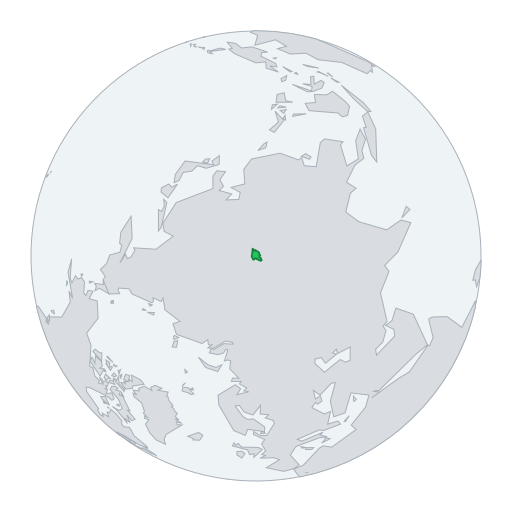 globe centered on Arhangay, rotated 224°
{"feature_id": "MNG-3316", "entity_name": "Arhangay", "entity_type": "Province", "adm_level": 1, "iso_a3": "MNG", "parent_name": "Mongolia", "parent_adm1": "", "projection": "orthographic", "projection_center": [100.83, 48.018], "detail": "fine", "context": "on_globe", "style": "filled", "palette": "green", "viewbox_px": 512, "rotation_deg": 224, "n_neighbors": 0, "source": "natural_earth", "source_scale": "10m", "svg_char_len": 13744}
<svg xmlns="http://www.w3.org/2000/svg" viewBox="0 0 512 512"><g transform="rotate(224 256 256)"><circle cx="256" cy="256" r="225" fill="#eef3f6" stroke="#a8b0b8"/><path d="M377.5,66.3L378.7,67.1L377.9,68.6L363.2,65.5L361.4,62.8L358.1,62.8L360.0,66.4L362.2,68.8L353.3,77.2L357.6,93.8L366.2,100.9L358.6,98.2L379.8,113.6L386.7,126.0L374.4,111.0L369.7,108.8L372.2,116.4L367.9,115.8L366.7,119.3L361.3,118.2L354.5,110.0L350.9,109.3L352.9,114.7L348.8,117.4L346.4,109.4L339.0,113.3L326.3,101.5L324.3,82.9L312.8,77.2L298.9,61.0L295.8,62.3L288.5,57.7L282.1,57.7L281.4,55.2L276.9,57.5L278.8,59.9L277.5,61.8L273.9,62.2L272.3,58.8L273.9,58.1L271.6,57.4L272.3,55.6L269.9,56.7L268.4,52.8L264.6,57.3L258.9,54.8L259.4,52.1L266.3,51.6L284.5,45.7L287.1,43.7L283.8,40.9L263.0,36.8L262.9,35.2L257.8,33.6L254.6,34.6L257.5,36.2L250.3,38.0L254.7,40.4L252.4,41.6L254.1,44.8L246.3,45.3L237.9,44.2L236.1,41.8L232.3,41.5L227.9,44.9L218.7,42.0L202.5,43.3L200.9,42.8L208.8,39.0L224.1,35.7L234.4,32.7L220.1,35.8L216.5,35.1L212.7,35.7L208.5,36.7L206.9,37.6L204.0,37.8L217.0,34.3L219.8,34.0L215.7,35.0L222.9,33.7L231.6,32.1L229.1,32.3L246.4,30.9L263.6,30.8L280.8,32.1L297.9,34.6L314.7,38.5L331.1,43.6L347.1,50.0L362.6,57.5L377.5,66.3ZM463.2,170.2L461.7,167.6L461.7,166.5L463.2,170.2ZM461.3,168.0L461.7,168.4L461.3,168.0ZM461.5,169.2L461.3,168.3L461.7,169.7L461.5,169.2ZM462.0,171.3L461.6,170.1L461.8,170.3L462.0,171.3ZM462.1,173.6L462.0,174.1L461.5,172.6L462.1,173.6ZM363.8,70.1L360.5,66.5L360.3,63.8L363.6,66.7L363.8,70.1ZM363.6,76.4L360.9,74.3L364.9,73.8L365.2,75.1L363.6,76.4ZM373.3,106.4L371.4,102.5L374.7,106.6L373.3,106.4ZM367.4,120.1L369.3,121.4L367.9,122.7L367.4,120.1ZM258.2,44.4L256.2,44.5L256.9,43.8L258.2,44.4ZM260.8,45.7L263.2,44.7L264.8,45.2L263.3,45.8L260.8,45.7ZM358.4,122.2L355.4,124.1L357.2,120.8L358.4,122.2ZM257.6,46.8L267.3,46.2L270.1,47.2L266.8,50.3L257.6,46.8ZM353.0,124.3L346.0,129.4L349.6,132.8L335.4,126.6L346.1,124.0L347.7,119.2L349.5,123.0L353.0,124.3ZM281.0,60.5L278.8,58.0L283.9,59.8L281.0,60.5ZM284.6,61.3L302.3,65.0L303.7,69.3L297.5,67.0L302.0,72.6L294.0,72.8L289.8,69.8L290.4,66.9L286.9,69.2L284.6,61.3ZM328.7,122.7L326.0,122.9L327.6,121.2L328.7,122.7ZM277.4,62.7L280.8,63.0L282.3,66.6L275.7,66.8L277.3,65.6L277.4,62.7ZM307.1,74.1L307.1,77.1L300.6,78.0L299.7,79.3L294.0,73.2L307.1,74.1ZM275.2,64.9L272.3,66.9L268.3,65.6L274.1,62.8L275.2,64.9ZM285.5,67.6L285.9,69.4L283.5,68.4L285.5,67.6ZM252.6,62.6L256.7,62.5L257.8,64.4L252.6,62.6ZM271.5,67.7L272.9,68.2L273.8,69.0L271.1,70.0L271.5,67.7ZM289.8,74.4L287.1,74.2L291.8,76.9L287.1,77.9L284.2,73.7L283.5,76.0L282.1,76.3L281.2,72.6L289.8,74.4ZM271.1,73.6L265.7,69.1L257.9,68.7L256.7,66.9L269.5,67.9L271.1,73.6ZM277.1,73.3L273.1,73.0L273.6,70.9L276.7,69.7L277.1,73.3ZM285.0,80.2L293.0,79.7L293.3,80.7L285.0,80.2ZM268.7,73.9L270.1,75.0L268.1,74.1L268.7,73.9ZM279.9,78.7L282.7,78.3L283.0,79.4L279.9,78.7ZM270.5,77.7L268.8,76.1L270.8,75.2L270.5,77.7ZM274.7,78.5L274.5,80.1L272.5,75.8L275.9,78.1L274.7,78.5ZM279.8,79.8L280.9,80.3L278.6,79.8L279.8,79.8ZM263.8,82.3L260.8,77.1L265.3,75.0L267.6,80.2L263.8,82.3ZM71.2,127.2L81.0,128.8L76.6,138.4L77.0,161.5L75.8,166.2L68.8,171.0L63.4,200.8L70.0,200.4L72.2,223.3L78.1,234.4L92.6,223.5L83.0,204.9L88.3,194.4L101.6,203.1L111.0,220.1L113.4,216.7L113.3,200.4L121.4,199.2L113.9,194.4L112.5,200.1L107.8,197.5L108.8,192.2L111.6,191.9L110.4,185.8L97.2,189.8L94.4,196.0L87.7,184.8L82.4,194.2L78.4,193.8L86.0,177.7L89.8,174.6L98.9,152.8L94.3,154.8L85.4,175.8L85.5,171.7L79.2,175.4L84.1,169.3L95.0,146.6L92.9,136.6L79.9,135.8L80.9,129.7L86.4,120.4L101.5,110.9L97.7,125.8L103.0,123.3L112.6,113.4L110.6,119.0L114.1,117.1L113.6,122.6L121.5,124.8L122.2,130.1L133.8,125.8L135.7,128.2L128.3,129.9L123.6,134.3L126.5,148.4L129.5,149.6L136.8,145.9L136.7,150.5L143.3,145.2L149.1,151.7L147.7,139.5L156.2,135.5L164.2,137.0L166.8,133.7L153.6,131.4L148.6,132.6L144.7,137.0L130.9,139.1L128.0,135.5L141.6,125.5L139.1,119.5L150.7,115.0L179.1,123.0L186.6,129.5L181.4,149.1L174.8,149.8L173.4,142.9L166.9,153.3L171.1,150.5L171.0,154.6L179.1,152.5L179.5,155.4L186.7,148.7L188.0,152.0L183.4,156.2L196.5,156.6L201.4,162.9L204.2,161.6L205.8,158.5L211.1,169.0L212.9,167.7L211.9,163.7L214.9,158.6L222.3,153.8L223.7,157.6L221.2,159.9L218.2,170.7L211.4,176.5L212.7,177.7L218.9,173.6L222.6,160.3L226.7,156.4L225.9,162.6L226.5,160.0L228.9,159.3L232.6,162.4L234.0,155.6L258.9,144.4L268.7,149.7L265.2,156.2L284.1,154.0L293.6,161.2L292.6,157.4L301.1,154.4L298.2,152.0L298.4,150.0L318.7,142.6L324.6,144.2L332.3,137.7L331.8,135.8L327.9,134.2L335.4,126.6L349.6,132.8L350.0,136.5L358.6,138.2L358.2,146.8L361.9,155.1L356.5,164.2L359.9,170.3L362.9,170.4L369.7,179.1L373.5,197.9L357.2,182.5L349.1,156.5L351.2,166.8L346.8,164.6L345.2,168.6L347.1,176.1L349.7,176.9L332.6,191.4L329.3,212.9L339.1,209.9L345.7,214.8L350.5,239.0L333.8,274.6L342.5,283.5L343.3,290.1L336.5,295.5L335.1,285.9L327.8,283.5L328.0,277.6L316.6,283.7L316.5,275.5L307.7,284.7L311.5,290.8L321.6,288.0L314.1,300.1L324.9,309.8L326.7,322.6L310.0,346.7L292.3,354.6L291.3,358.4L284.0,354.4L274.7,362.1L288.4,382.1L288.1,387.8L272.8,398.6L272.4,394.6L253.2,383.9L249.8,397.0L264.3,408.1L269.4,419.7L258.2,416.0L253.1,405.4L246.3,401.3L248.0,390.1L242.2,372.0L231.0,374.2L231.8,366.9L222.0,350.0L205.8,352.1L180.1,365.6L176.7,382.7L167.8,387.5L156.7,357.5L156.9,338.6L149.6,337.3L140.9,316.0L116.5,300.1L115.9,293.8L110.7,292.7L105.0,282.1L105.2,272.0L100.4,268.3L100.6,294.9L106.1,299.0L114.6,296.1L113.3,304.0L119.2,315.7L102.4,323.4L70.9,311.2L72.7,297.0L74.1,244.8L76.8,241.8L77.0,241.3L77.3,240.3L72.4,244.3L74.3,234.4L68.3,267.7L65.2,279.1L70.4,311.5L68.7,312.0L71.9,320.3L87.9,330.5L86.9,334.4L76.4,345.2L58.4,347.6L63.7,365.5L67.2,376.4L62.3,371.0L62.7,371.8L54.9,357.6L48.2,343.0L42.5,327.8L37.9,312.3L34.4,296.6L32.1,280.6L30.9,264.5L30.9,248.3L31.1,244.9L31.7,236.7L32.1,230.8L32.5,227.9L33.5,220.7L33.7,219.2L37.1,202.9L41.6,186.8L47.3,171.1L54.2,155.9L62.2,141.2L71.2,127.2ZM70.0,134.3L67.9,136.5L70.0,134.3ZM116.0,246.5L125.0,256.0L129.6,242.3L133.4,244.9L133.6,239.5L129.9,241.2L131.6,227.1L138.5,228.2L141.9,223.0L139.0,219.6L126.0,220.0L123.5,240.0L117.7,241.9L116.0,246.5ZM215.7,35.3L214.6,35.6L210.2,36.5L212.1,35.9L215.7,35.3ZM192.0,42.9L188.0,43.2L192.2,42.4L193.9,41.3L205.0,38.5L200.7,42.4L200.7,41.0L192.0,42.9ZM218.5,36.6L212.0,37.5L219.3,36.4L218.5,36.6ZM133.8,102.1L130.7,105.7L126.7,106.3L125.8,100.8L131.6,99.7L133.8,102.1ZM127.3,110.7L141.0,103.0L142.1,106.5L139.2,105.7L138.6,108.8L133.7,108.5L121.3,119.9L117.0,121.3L117.7,109.6L119.9,112.5L122.7,108.7L127.3,110.7ZM174.0,81.1L179.9,78.9L174.7,89.2L169.7,90.1L168.5,84.4L173.6,79.9L174.0,81.1ZM250.0,52.8L252.7,52.1L253.1,52.9L251.2,54.2L250.0,52.8ZM254.4,62.4L239.1,57.0L241.3,55.8L229.6,54.6L231.0,51.1L238.5,51.9L230.7,48.7L238.0,48.0L232.1,46.3L248.7,48.4L255.0,48.0L247.5,49.6L246.1,52.8L247.4,54.0L255.7,57.4L268.5,58.7L269.2,62.3L266.2,64.6L263.3,64.9L263.8,62.3L259.5,64.5L257.9,61.1L254.4,62.4ZM231.7,95.4L233.5,91.3L224.6,97.1L223.0,92.9L222.1,93.8L218.1,91.6L211.8,90.7L212.1,88.6L209.4,89.2L206.8,87.9L203.3,88.1L202.6,84.5L198.3,84.5L200.4,82.8L193.1,84.0L198.2,81.5L195.3,79.9L191.9,83.1L196.7,65.1L194.7,60.2L190.3,57.7L199.7,54.4L209.7,55.0L218.8,58.4L219.3,63.9L223.5,61.7L224.9,63.7L221.1,64.6L227.9,64.6L228.1,66.6L236.2,70.9L246.0,70.1L249.2,71.9L245.4,73.2L251.2,74.1L246.3,77.9L248.5,79.3L245.9,84.8L237.4,86.9L240.5,88.4L238.7,92.9L231.7,95.4ZM262.8,83.8L253.1,86.7L247.4,86.0L254.4,76.9L253.0,75.1L257.3,69.7L265.4,71.0L263.5,72.3L263.5,74.0L260.9,72.9L262.9,75.0L260.3,77.1L261.2,79.4L257.7,79.7L262.8,83.8ZM78.9,167.0L78.8,169.9L79.6,173.5L75.7,176.1L78.9,167.0ZM86.0,151.3L86.6,153.2L81.4,158.2L81.5,155.4L86.0,151.3ZM91.3,150.1L87.0,152.9L89.4,149.7L91.3,150.1ZM129.3,131.5L130.4,133.4L128.8,134.7L126.2,135.0L129.3,131.5ZM204.9,113.5L206.8,110.8L208.3,111.1L215.5,107.6L217.3,110.7L213.6,114.1L204.9,113.5ZM88.5,222.9L84.2,222.5L84.4,219.4L85.9,220.1L88.5,222.9ZM77.7,198.3L78.0,205.8L76.6,199.0L77.7,198.3ZM208.0,116.3L210.8,114.4L210.0,117.1L208.0,116.3ZM219.0,112.8L218.7,115.8L218.4,110.7L219.0,112.8ZM88.6,398.7L91.3,409.4L85.2,402.8L79.8,395.8L75.9,387.1L81.6,391.2L83.2,389.1L88.6,398.7ZM325.2,438.0L331.7,437.1L331.4,437.8L325.2,438.0ZM318.4,437.2L325.9,436.0L317.0,438.7L318.4,437.2ZM328.8,435.5L336.5,432.6L339.8,430.9L339.2,432.2L328.8,435.5ZM313.2,438.1L284.9,440.9L273.7,439.7L276.4,437.4L294.6,436.9L313.2,438.1ZM275.5,437.3L258.2,430.6L234.4,407.5L242.9,408.7L267.8,423.0L266.2,425.1L276.7,430.6L275.5,437.3ZM317.1,421.0L315.4,427.7L299.8,429.1L292.7,428.7L287.8,420.7L290.6,416.1L296.4,415.8L318.8,397.4L326.6,400.0L319.8,407.8L326.2,412.7L317.1,421.0ZM177.6,384.7L182.4,396.1L177.6,396.4L177.6,384.7ZM327.6,384.2L318.7,393.1L326.7,381.8L327.6,384.2ZM332.2,373.7L332.9,377.5L329.1,374.4L332.2,373.7ZM291.3,364.2L285.1,365.5L284.8,362.6L292.6,359.2L291.3,364.2ZM327.9,333.3L328.2,342.4L327.2,345.6L324.2,340.7L327.9,333.3ZM227.1,143.2L215.0,144.4L207.4,148.0L205.0,154.0L203.2,146.3L214.8,140.8L227.1,143.2ZM254.9,143.7L256.9,138.9L259.5,140.9L259.4,142.3L254.9,143.7ZM253.6,140.8L249.7,135.1L253.1,132.4L255.6,137.4L253.6,140.8ZM228.4,124.9L224.7,125.0L225.5,122.7L228.4,124.9ZM369.1,450.8L368.9,450.9L364.1,453.6L369.8,450.2L362.4,454.5L360.6,454.9L353.5,457.8L310.5,473.5L301.7,475.0L305.2,473.2L299.8,469.1L302.8,468.8L302.5,464.4L328.6,454.9L347.8,440.3L360.8,436.7L371.6,425.1L384.5,420.1L379.8,428.0L392.2,425.1L403.2,406.8L408.1,415.9L415.3,413.2L414.1,416.4L412.9,417.7L399.2,429.9L384.6,441.0L369.1,450.8ZM445.1,378.4L444.8,378.7L446.0,377.0L446.4,376.5L445.1,378.4ZM454.5,361.8L454.9,361.4L454.3,362.6L454.5,361.8ZM454.1,362.4L455.3,359.9L454.8,361.3L454.1,362.4ZM449.3,364.4L450.3,362.5L450.6,362.6L449.3,364.4ZM341.3,434.9L350.6,428.1L355.5,426.3L341.3,434.9ZM448.3,364.3L446.0,366.7L446.3,365.6L448.3,364.3ZM448.7,362.2L448.6,361.3L449.6,362.4L448.7,362.2ZM444.5,364.4L447.1,363.4L444.2,365.0L444.5,364.4ZM442.8,366.4L440.7,367.6L440.9,367.0L442.8,366.4ZM417.3,388.9L425.3,389.8L418.4,394.8L410.9,395.6L404.2,403.6L389.4,410.7L393.1,406.4L391.3,403.1L375.6,408.2L372.4,406.5L378.2,402.4L367.6,403.9L379.2,398.2L383.8,402.4L390.3,394.8L401.2,390.7L411.4,386.8L419.3,385.9L417.3,388.9ZM378.9,411.3L380.9,410.5L379.1,412.9L378.9,411.3ZM436.8,368.3L439.8,368.1L439.3,369.1L437.8,370.2L436.8,368.3ZM421.2,383.7L429.9,372.7L431.8,371.3L426.0,380.9L421.2,383.7ZM428.0,371.1L431.8,368.8L433.7,369.9L432.9,371.3L428.0,371.1ZM355.2,414.3L354.7,416.1L351.6,415.7L355.2,414.3ZM359.2,412.1L368.4,410.8L358.3,413.8L359.2,412.1ZM330.7,413.4L333.4,416.9L342.2,412.3L335.5,417.6L341.3,422.7L339.3,425.5L333.5,420.0L331.2,427.5L327.3,428.2L325.3,422.5L329.3,413.9L333.2,409.8L349.1,404.7L330.7,413.4ZM359.2,407.2L356.7,403.1L358.6,399.2L361.3,401.0L359.2,407.2ZM349.2,392.9L342.4,388.4L336.4,392.2L348.4,380.5L353.0,386.8L349.2,392.9ZM343.2,380.6L337.6,384.1L343.2,377.6L343.2,380.6ZM336.0,382.3L335.2,377.9L339.7,377.5L336.0,382.3ZM346.1,380.1L346.8,372.2L349.3,376.1L346.1,380.1ZM332.8,367.9L342.8,373.5L330.1,372.9L328.7,357.5L334.0,356.1L332.8,367.9ZM357.0,293.8L355.2,289.1L359.7,286.6L359.7,290.5L357.0,293.8ZM373.0,275.1L360.4,284.4L349.9,292.2L353.6,293.6L352.1,302.8L346.1,296.2L352.7,284.6L360.8,280.3L361.1,272.6L366.4,265.6L363.8,256.8L365.9,251.9L370.7,258.7L373.0,275.1ZM362.4,253.2L359.8,236.7L368.8,236.0L371.4,239.4L368.8,247.2L364.2,247.1L362.4,253.2ZM361.8,232.7L357.3,232.5L344.1,210.9L343.5,206.2L358.4,221.6L354.9,222.4L356.6,228.1L361.8,232.7ZM327.4,124.8L326.2,123.1L328.7,124.0L327.4,124.8ZM296.6,148.8L297.3,146.3L300.2,147.2L296.6,148.8ZM300.7,139.8L297.0,140.5L300.4,138.2L300.7,139.8ZM288.7,142.4L295.2,140.0L289.8,144.7L288.7,142.4Z" fill="#d9dde1" stroke="#a8b0b8" stroke-width="1"/><path d="M258.1,252.1L258.2,252.3L258.3,252.5L258.5,252.6L258.8,252.7L258.8,252.8L258.9,253.0L259.0,253.0L259.3,252.9L259.4,253.0L259.6,253.4L259.6,253.8L259.6,254.0L259.8,254.2L259.9,254.3L260.0,254.5L260.1,254.8L260.3,255.0L260.6,255.0L260.8,255.1L261.0,255.3L261.0,255.5L261.2,255.8L261.3,256.0L261.3,256.3L261.4,256.5L261.6,256.5L261.8,256.6L261.8,256.8L261.9,257.0L262.0,257.1L262.3,257.2L262.4,257.3L262.5,257.5L262.7,257.8L262.8,257.9L262.9,258.0L263.1,258.1L263.2,258.3L263.4,258.4L263.5,258.5L263.6,258.9L263.3,259.1L263.2,259.1L262.8,259.1L262.3,259.1L262.2,259.1L262.0,258.7L261.9,258.6L261.4,258.4L261.2,258.4L260.9,258.3L260.9,258.2L260.8,258.3L260.8,258.5L261.0,258.6L261.1,258.8L260.9,259.2L260.8,259.4L260.6,259.5L260.6,259.8L260.5,260.1L260.4,260.1L260.2,260.1L260.1,259.8L259.9,259.7L259.9,259.8L259.5,259.9L259.0,260.1L258.8,260.2L258.7,260.3L257.2,260.7L256.9,260.5L256.6,260.6L256.2,260.6L255.9,260.6L255.7,260.6L255.6,260.4L255.5,260.2L255.4,260.1L255.1,260.0L255.0,259.9L255.0,259.6L254.9,259.6L254.9,259.3L254.7,259.3L253.8,259.6L253.5,259.6L253.4,259.6L253.4,259.4L253.4,259.2L253.3,258.9L253.3,258.6L253.3,258.4L253.2,258.2L252.9,257.9L252.9,257.7L252.9,257.4L252.6,257.5L252.4,257.7L252.2,257.7L252.1,257.8L251.9,258.0L251.6,258.1L251.3,258.1L251.2,258.1L250.6,257.7L250.6,257.3L250.5,257.2L250.4,257.1L250.1,257.1L249.8,257.1L249.7,257.2L249.5,257.3L249.2,257.3L249.0,257.2L249.1,256.6L249.1,256.4L249.0,256.0L249.0,255.9L249.1,255.7L249.3,255.6L249.8,255.6L250.0,255.5L250.2,255.4L250.3,255.2L250.5,255.1L251.5,254.7L251.7,254.9L251.8,255.0L252.0,254.9L252.3,254.8L252.9,254.8L253.0,254.8L253.1,254.7L253.1,254.4L253.2,254.2L253.3,254.2L253.5,254.2L254.0,254.5L254.3,254.5L254.3,254.4L254.3,254.2L254.7,254.0L254.9,254.0L255.0,253.9L254.9,253.8L254.9,253.7L254.7,253.6L254.7,253.4L254.7,253.2L254.8,253.2L254.8,252.9L254.9,252.7L255.0,252.6L255.3,252.4L255.0,252.1L254.9,252.1L254.9,251.9L255.0,251.8L255.4,251.8L255.4,251.7L255.5,251.6L255.6,251.4L255.8,251.3L256.6,251.7L257.2,252.2L257.3,252.2L257.6,252.2L258.1,252.1Z" fill="#22c55e" stroke="#15803d" stroke-width="1.5"/></g></svg>